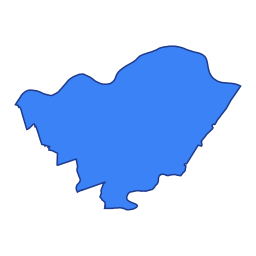 outline of Vijfheerenlanden, Zuid-Holland, Netherlands
{"feature_id": "6326949B1292857189709", "entity_name": "Vijfheerenlanden", "entity_type": "district", "adm_level": 2, "iso_a3": "NLD", "parent_name": "Netherlands", "parent_adm1": "Zuid-Holland", "projection": "robinson", "projection_center": [5.057, 51.93], "detail": "fine", "context": "isolated", "style": "filled", "palette": "blue", "viewbox_px": 256, "rotation_deg": 0, "n_neighbors": 0, "source": "geoboundaries", "source_scale": "gbopen_adm2", "svg_char_len": 5630}
<svg xmlns="http://www.w3.org/2000/svg" viewBox="0 0 256 256"><path d="M240.6,86.1L239.9,85.7L237.6,84.7L236.4,84.3L235.2,84.0L234.0,83.7L230.9,83.3L223.5,82.7L222.3,82.6L220.0,82.0L218.3,81.5L217.5,81.1L216.4,80.5L214.5,79.2L213.6,78.5L212.7,77.8L211.8,76.6L211.1,75.6L210.2,74.1L209.9,73.5L209.6,72.9L208.8,70.3L208.5,69.1L208.1,67.4L207.8,65.4L207.0,61.3L206.8,60.7L206.4,59.3L205.9,58.3L205.7,57.8L205.1,56.9L204.7,56.4L203.9,55.8L202.1,54.4L199.5,53.3L198.2,52.9L197.0,52.6L194.5,52.1L187.1,49.8L184.0,48.4L180.8,47.4L178.8,46.9L175.6,46.3L172.3,46.2L169.6,46.2L164.0,47.0L162.2,47.4L160.4,47.9L159.0,48.4L158.2,48.8L157.8,49.2L157.3,49.5L156.2,50.0L153.4,51.1L152.5,51.5L150.4,52.2L148.6,52.7L142.9,54.6L139.6,56.2L135.5,60.3L133.4,61.8L130.9,63.3L128.0,64.9L125.4,66.4L123.1,68.0L120.7,69.8L118.8,71.6L117.2,73.7L116.2,75.7L115.2,78.6L114.3,80.2L112.8,81.8L111.0,83.1L109.9,83.6L109.2,83.8L107.1,84.2L104.9,84.2L102.7,84.1L100.6,83.6L96.5,81.7L95.0,80.9L92.0,78.5L89.7,77.0L87.5,76.0L83.4,74.1L82.7,74.0L82.1,74.1L79.1,74.4L76.3,75.5L73.5,76.7L71.5,77.9L70.2,78.8L68.3,80.4L65.1,84.3L64.1,85.4L61.3,88.7L60.4,89.6L60.0,89.9L59.6,90.6L59.0,91.3L57.7,92.3L56.4,93.2L52.5,95.2L51.3,95.5L50.0,95.4L48.7,95.1L47.4,94.8L44.3,93.9L43.5,93.7L40.0,92.0L38.4,91.4L36.8,90.9L35.2,90.6L32.0,90.2L30.5,90.1L28.9,90.2L27.4,90.6L26.0,91.3L24.9,92.0L23.7,92.9L22.7,93.8L21.8,94.8L21.0,96.0L19.9,97.8L18.7,99.5L15.4,104.7L18.2,105.5L18.3,106.3L18.6,107.1L18.8,107.3L19.3,106.9L19.5,107.0L19.9,107.3L20.5,108.5L21.0,109.5L21.2,110.2L21.7,112.0L22.2,113.9L22.4,114.6L26.8,129.4L27.5,129.3L27.8,129.1L28.2,128.9L28.6,128.5L29.5,128.0L30.3,127.1L31.0,126.6L31.8,125.8L32.1,125.5L32.5,124.8L32.8,124.5L33.1,124.4L34.3,124.0L35.1,126.8L35.9,126.4L36.0,126.5L37.3,130.5L37.8,131.8L39.9,138.6L41.8,144.4L42.0,144.4L42.4,144.6L44.0,144.7L44.3,145.1L45.0,146.1L45.6,145.3L45.8,145.4L48.0,146.2L49.1,146.5L49.5,146.7L48.1,147.5L48.9,148.1L49.0,148.4L48.9,150.0L50.9,150.4L51.5,150.5L52.1,150.6L52.4,150.7L55.9,152.5L57.0,153.0L57.4,153.3L57.5,153.5L57.4,155.2L57.2,160.7L57.1,165.0L57.3,165.0L57.6,165.1L58.0,165.2L58.4,165.0L70.3,161.0L74.0,159.7L74.8,159.5L75.7,159.3L76.3,159.3L76.5,161.1L76.6,161.3L77.0,163.2L77.4,165.6L77.5,166.5L77.5,167.0L77.3,167.8L77.1,168.6L77.0,169.3L77.0,169.8L77.1,171.0L77.5,172.3L77.8,173.0L78.2,173.9L78.4,174.8L79.9,178.5L80.2,179.2L80.2,179.6L80.1,180.7L80.0,181.2L79.7,181.8L79.4,182.3L79.2,182.6L77.9,184.0L77.3,184.7L77.0,185.1L76.7,185.8L76.5,186.5L76.3,187.1L76.2,188.0L76.3,188.6L76.3,189.2L76.4,189.6L76.6,190.2L77.4,192.1L77.7,192.0L77.8,191.9L77.7,191.8L77.9,191.6L78.9,191.3L81.8,190.0L81.8,190.3L101.6,183.3L104.7,182.2L104.9,182.7L104.4,182.8L103.9,183.0L103.5,183.4L103.3,183.7L103.0,184.9L102.7,185.8L102.7,186.0L102.5,186.4L102.4,186.7L102.0,187.5L101.8,188.0L101.7,188.3L101.5,188.8L101.4,189.1L101.3,189.7L101.1,190.4L101.0,190.8L101.1,191.6L101.2,191.8L101.3,192.1L101.3,193.4L101.1,193.9L101.0,194.0L100.9,194.3L100.8,194.6L100.6,195.1L100.4,195.8L100.3,196.2L100.1,196.6L100.0,196.8L100.0,197.0L100.3,197.5L101.2,198.3L101.5,198.7L101.7,199.0L101.8,199.5L102.0,199.7L102.5,200.2L103.1,200.6L103.4,200.9L103.9,201.3L104.2,201.6L104.7,202.1L105.0,202.7L105.1,202.8L105.1,203.1L105.0,204.4L104.9,206.0L105.1,206.0L105.0,206.5L104.8,206.6L105.1,206.6L104.9,206.9L105.1,207.0L104.6,208.4L109.2,208.4L112.7,208.3L114.2,208.1L114.8,208.0L117.4,208.0L119.6,207.7L120.6,207.8L123.4,208.3L123.4,208.5L124.1,208.6L124.8,208.8L125.2,209.0L125.7,209.3L126.2,209.6L126.7,209.7L127.0,209.7L127.5,209.7L127.8,209.8L128.2,209.8L132.4,209.2L133.3,208.9L134.6,208.4L135.3,208.0L136.1,207.6L136.5,207.2L137.0,206.6L137.2,206.2L137.3,205.9L137.2,205.4L136.9,205.0L136.7,204.8L136.2,204.4L134.8,203.7L131.9,202.6L130.6,202.0L128.8,201.1L128.1,200.6L127.8,200.3L127.4,199.9L127.1,199.4L126.9,198.9L126.8,198.4L126.7,198.0L126.7,197.6L126.8,196.7L127.2,195.6L127.8,194.4L127.9,194.1L128.3,193.5L128.8,193.0L129.9,192.2L130.4,192.0L133.1,191.5L135.6,190.9L137.0,190.7L137.9,190.7L138.7,190.7L140.4,191.0L141.6,191.1L143.1,191.0L143.7,191.0L145.2,191.1L146.1,191.1L147.8,190.6L148.1,190.5L151.3,189.7L152.2,189.4L152.5,189.3L152.8,189.0L154.3,187.5L154.6,187.0L155.0,186.2L155.2,185.9L156.8,184.3L157.1,184.0L157.4,183.5L157.7,183.0L157.9,182.5L158.1,181.9L158.3,180.9L158.4,180.3L158.4,178.8L158.5,178.2L158.7,177.2L159.0,176.4L159.2,175.9L159.5,175.6L159.8,175.3L160.8,174.7L161.3,174.5L161.2,174.4L161.5,174.3L162.8,174.2L164.9,174.6L165.8,174.8L166.3,175.1L166.5,175.2L166.4,175.3L167.4,175.6L168.2,175.6L168.5,175.5L169.4,175.2L170.1,175.0L171.6,174.8L172.3,174.7L174.6,174.5L176.2,174.8L176.7,175.0L177.3,175.2L180.8,175.7L182.0,174.2L182.9,173.0L183.4,172.4L184.4,171.6L184.7,171.2L185.0,170.8L185.2,170.3L185.3,169.4L185.4,168.7L185.9,166.0L185.8,165.9L184.7,165.5L184.6,165.4L184.5,165.2L184.4,164.9L184.5,164.3L184.5,164.1L184.9,163.9L186.4,163.9L186.7,163.5L188.3,161.1L196.6,147.7L198.1,145.2L198.8,145.4L201.2,146.0L201.2,145.9L201.6,145.8L201.8,145.6L202.0,145.3L201.6,142.9L201.6,142.0L201.4,141.9L201.2,141.6L201.1,141.4L205.2,136.4L206.1,135.2L206.4,134.8L206.9,134.1L207.6,133.4L209.0,132.2L209.5,131.7L211.2,130.0L212.4,128.9L212.5,128.8L212.9,127.8L213.0,127.6L212.6,127.1L212.4,126.7L212.1,126.2L212.0,125.9L212.1,125.6L212.3,125.1L212.8,124.6L213.3,124.3L213.5,124.2L214.2,124.4L214.5,124.5L214.8,124.4L215.1,124.2L216.5,121.7L217.4,120.0L217.9,119.4L219.1,117.8L219.7,117.0L220.5,116.0L221.6,114.4L222.9,112.9L225.0,110.1L225.2,109.8L225.4,109.6L225.6,109.5L225.8,109.3L227.8,105.8L230.5,100.9L231.3,99.6L234.2,95.5L239.6,87.6L240.6,86.1Z" fill="#3b82f6" stroke="#1e3a8a" stroke-width="1.5"/></svg>